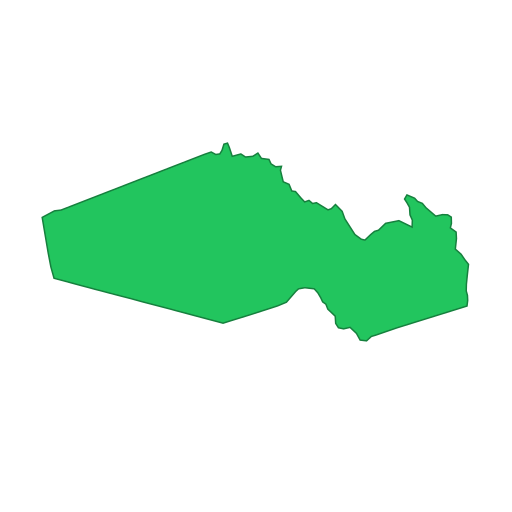 Mantenópolis, Espírito Santo, Brazil (Equal Earth projection), rotated 161°
{"feature_id": "56859067B5994146036846", "entity_name": "Mantenópolis", "entity_type": "district", "adm_level": 2, "iso_a3": "BRA", "parent_name": "Brazil", "parent_adm1": "Espírito Santo", "projection": "equal_earth", "projection_center": [-41.118, -18.871], "detail": "fine", "context": "isolated", "style": "filled", "palette": "green", "viewbox_px": 512, "rotation_deg": 161, "n_neighbors": 0, "source": "geoboundaries", "source_scale": "gbopen_adm2", "svg_char_len": 1545}
<svg xmlns="http://www.w3.org/2000/svg" viewBox="0 0 512 512"><g transform="rotate(161 256 256)"><path d="M58.7,229.2L61.3,232.5L66.2,234.4L73.1,235.2L79.6,246.3L81.6,251.6L85.5,255.0L87.2,259.0L93.4,264.6L97.0,261.5L95.9,257.1L95.0,252.1L97.0,244.7L96.5,239.0L99.0,232.5L109.4,242.9L122.8,244.7L131.8,240.5L135.9,240.7L140.4,239.0L147.8,235.6L151.0,237.6L155.5,244.1L159.9,262.2L160.0,270.2L164.1,278.8L169.4,276.2L172.9,276.2L181.5,286.7L185.4,287.2L187.8,291.3L192.4,291.3L194.7,296.4L197.7,304.1L201.0,305.8L201.4,313.0L206.1,317.3L205.0,329.1L202.7,332.5L208.4,334.0L211.8,338.2L212.3,343.1L219.1,346.5L220.7,352.7L226.5,351.3L233.7,353.0L237.1,357.4L246.0,358.0L245.9,367.4L246.2,372.0L249.9,372.2L253.8,366.9L257.0,364.3L261.0,365.1L264.5,368.9L271.5,368.9L338.7,366.3L425.4,362.9L431.9,364.3L445.6,362.1L451.5,326.5L453.5,312.5L454.2,300.7L430.4,284.6L424.1,280.4L419.3,277.1L414.4,273.9L406.4,268.5L396.0,261.6L388.4,256.6L378.2,249.6L353.5,233.2L350.2,230.9L323.0,212.6L318.2,209.4L309.0,203.2L300.8,203.0L282.0,202.4L257.7,201.9L251.8,201.8L242.3,202.4L229.9,209.6L226.5,211.1L220.1,210.1L211.6,206.0L209.5,201.0L208.4,195.5L207.9,190.9L205.6,187.7L205.4,182.4L200.7,173.3L202.6,166.3L201.4,161.3L196.9,158.6L190.3,157.9L186.2,150.1L184.9,142.6L179.1,139.8L173.1,142.4L168.8,142.2L156.6,142.2L146.2,142.2L72.8,140.0L70.3,145.1L68.9,149.9L68.6,154.5L66.3,160.7L62.4,169.2L57.8,178.9L59.8,184.6L61.5,190.9L65.3,197.6L60.8,207.2L59.0,213.5L63.1,219.3L60.6,223.2L58.7,229.2Z" fill="#22c55e" stroke="#15803d" stroke-width="1.5"/></g></svg>